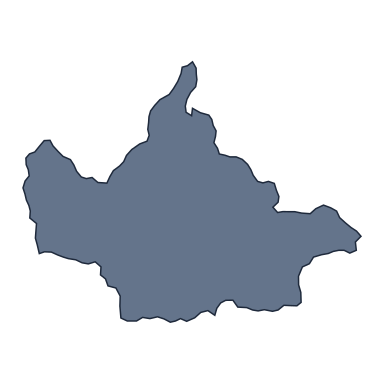 the district of Desterro do Melo, Minas Gerais, Brazil
{"feature_id": "56859067B10239152985406", "entity_name": "Desterro do Melo", "entity_type": "district", "adm_level": 2, "iso_a3": "BRA", "parent_name": "Brazil", "parent_adm1": "Minas Gerais", "projection": "albers", "projection_center": [-43.519, -21.135], "detail": "fine", "context": "isolated", "style": "filled", "palette": "slate", "viewbox_px": 384, "rotation_deg": 0, "n_neighbors": 0, "source": "geoboundaries", "source_scale": "gbopen_adm2", "svg_char_len": 2045}
<svg xmlns="http://www.w3.org/2000/svg" viewBox="0 0 384 384"><path d="M25.1,181.0L23.0,187.9L25.0,194.1L26.4,200.1L28.9,205.5L30.3,211.0L29.8,218.0L36.5,223.5L35.9,231.5L35.4,238.1L37.2,244.6L39.3,253.6L44.5,251.8L51.4,252.1L57.8,255.0L63.4,257.1L68.3,258.6L75.8,259.8L82.1,262.8L88.3,263.9L95.2,261.8L101.0,266.9L100.5,274.9L105.5,278.9L108.0,285.9L115.9,288.0L120.2,296.1L119.9,306.1L120.9,318.0L127.3,321.0L136.5,321.0L142.6,317.4L149.9,318.6L157.5,316.8L164.0,318.9L170.3,322.2L175.5,321.0L180.5,318.6L186.7,321.3L194.7,317.8L200.8,312.4L207.9,310.6L214.8,315.3L216.8,308.3L220.7,302.9L225.7,300.3L232.9,300.2L237.8,307.1L246.8,307.6L252.6,310.0L258.1,310.9L264.3,309.7L272.5,311.3L278.1,310.0L283.9,305.3L290.5,305.6L296.9,305.8L301.1,302.4L300.8,292.4L298.6,284.8L298.5,276.2L302.4,266.9L309.4,263.7L313.5,257.1L321.6,254.7L328.3,253.5L333.3,251.4L338.8,250.3L344.1,250.3L349.8,253.1L356.3,250.3L355.4,242.0L361.0,236.3L356.5,231.1L351.0,227.5L345.2,222.7L339.6,217.6L336.6,211.1L330.7,207.8L323.5,205.1L315.8,208.7L310.2,213.7L301.7,213.1L294.8,211.7L288.4,211.7L282.9,211.6L277.6,212.5L272.9,207.2L278.1,202.2L278.9,196.5L276.4,190.3L274.3,183.4L268.4,181.4L262.9,182.9L257.6,181.4L253.2,175.3L250.9,169.8L247.6,164.4L242.3,159.4L236.2,156.9L229.9,156.9L224.9,155.2L219.3,154.0L217.5,148.3L213.9,142.7L215.5,136.4L216.1,130.9L213.2,125.5L211.8,119.5L208.8,115.1L200.3,112.7L192.5,108.3L191.6,115.7L186.1,112.3L185.3,106.1L186.9,99.4L190.6,92.4L195.7,86.7L196.9,79.7L196.3,74.1L196.1,68.1L192.5,61.8L187.5,65.7L182.2,67.2L181.1,73.4L177.8,81.4L173.6,88.4L169.2,94.5L160.0,99.6L154.8,105.3L150.6,110.9L149.0,116.6L148.6,122.5L147.8,129.4L149.2,135.3L147.0,141.2L139.8,143.9L131.8,149.5L126.5,155.4L123.7,161.7L119.6,166.0L113.4,170.6L109.9,176.6L106.9,183.1L97.9,182.5L92.1,177.5L86.3,178.6L81.3,177.0L76.6,171.3L73.8,164.9L70.4,159.6L63.0,156.4L58.2,151.6L53.0,145.9L50.0,140.3L44.2,140.6L39.4,146.3L34.8,152.0L29.5,153.9L25.9,158.1L26.2,164.7L28.3,169.7L29.2,175.9L25.1,181.0Z" fill="#64748b" stroke="#1e293b" stroke-width="1.5"/></svg>